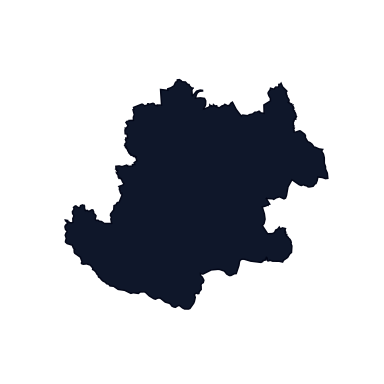 the district of Pluak Daeng, Rayong, Thailand, rotated 151°
{"feature_id": "78962969B8046097083868", "entity_name": "Pluak Daeng", "entity_type": "district", "adm_level": 2, "iso_a3": "THA", "parent_name": "Thailand", "parent_adm1": "Rayong", "projection": "natural_earth1", "projection_center": [101.223, 12.976], "detail": "fine", "context": "isolated", "style": "filled", "palette": "ink", "viewbox_px": 384, "rotation_deg": 151, "n_neighbors": 0, "source": "geoboundaries", "source_scale": "gbopen_adm2", "svg_char_len": 6034}
<svg xmlns="http://www.w3.org/2000/svg" viewBox="0 0 384 384"><g transform="rotate(151 192 192)"><path d="M323.1,198.7L324.2,196.3L324.2,195.2L321.2,189.1L322.0,184.3L323.2,183.5L323.3,182.9L322.2,181.6L319.0,180.2L316.4,177.4L315.6,173.7L316.5,172.4L315.6,171.1L314.9,168.9L314.9,166.0L314.4,165.2L314.9,162.9L313.9,161.2L313.7,159.2L313.0,157.2L311.7,155.4L311.0,153.0L309.5,151.7L309.3,149.7L306.2,147.5L303.8,142.6L298.6,138.7L294.6,133.0L292.2,132.4L288.1,129.3L285.7,129.7L282.0,127.7L281.2,126.5L279.8,121.9L277.2,117.3L276.0,116.0L273.3,115.8L271.2,114.6L268.8,108.7L265.7,105.6L265.1,104.3L264.9,102.0L263.7,100.3L262.4,99.2L259.6,99.4L258.0,98.9L256.5,95.2L255.2,93.3L251.9,91.4L250.3,91.1L244.5,93.9L243.0,95.1L240.2,98.3L239.8,100.8L239.2,101.4L237.2,101.5L236.2,100.2L235.2,99.9L234.0,101.3L231.2,102.3L229.5,105.6L229.6,106.2L227.9,107.3L226.1,107.3L224.4,109.1L224.3,112.6L225.0,114.8L224.1,116.7L222.2,114.9L212.9,114.5L206.8,111.8L205.3,110.8L202.0,107.1L201.4,103.4L199.8,100.8L198.4,100.1L194.6,100.0L192.9,99.2L186.6,105.0L184.1,108.2L182.5,109.1L180.8,109.0L178.9,107.9L174.2,103.1L165.8,97.0L163.8,96.9L163.3,97.7L160.5,96.8L160.1,97.9L159.1,97.9L158.5,99.4L158.3,97.6L159.1,96.2L159.0,94.9L157.9,94.5L157.1,94.7L154.9,92.3L149.5,89.3L146.7,86.8L145.1,87.9L140.1,88.4L136.7,90.4L134.3,90.9L130.8,96.4L130.5,98.8L129.7,99.7L129.3,101.2L129.3,103.0L130.0,105.2L129.8,105.7L130.8,107.6L130.6,108.5L130.0,108.3L129.7,108.9L130.3,109.4L130.3,111.5L130.0,111.9L129.5,111.6L129.2,113.6L128.0,114.7L130.3,116.8L132.7,116.8L132.7,119.0L135.7,117.7L136.4,118.2L137.4,118.1L138.5,117.1L140.4,116.4L142.1,116.8L146.1,118.8L146.8,128.5L144.3,129.5L141.3,132.8L139.3,137.8L137.8,144.9L134.2,144.0L132.5,144.0L132.0,143.4L131.2,144.0L129.9,143.7L130.3,151.1L129.7,150.0L124.8,147.0L124.1,145.9L121.3,146.1L117.8,145.4L114.9,141.4L113.2,141.3L111.1,143.1L105.6,149.9L98.6,154.3L94.7,146.4L93.3,144.7L91.0,144.4L90.3,143.2L88.7,141.8L88.0,140.2L86.6,139.4L83.3,138.3L80.5,139.5L79.5,139.3L77.1,141.2L74.6,144.1L71.0,141.5L68.8,139.0L66.6,138.1L64.5,142.9L64.1,147.3L62.9,149.5L62.4,152.9L59.7,157.8L58.7,161.4L58.8,165.0L57.1,165.9L60.0,168.1L62.5,171.4L63.4,171.8L63.9,175.8L64.9,178.1L66.4,179.9L66.5,184.6L65.5,186.2L65.4,187.8L67.6,192.8L68.3,193.4L72.4,194.1L73.7,195.1L72.9,196.3L73.1,197.2L71.6,198.3L72.3,199.0L71.0,200.1L70.7,200.8L71.0,201.3L69.1,204.6L68.6,204.5L67.0,206.2L66.0,205.4L65.0,207.3L64.6,207.0L64.0,207.4L64.2,207.8L63.4,210.2L63.7,210.8L63.3,211.3L63.6,212.7L63.1,213.1L63.7,214.8L63.1,215.2L62.7,217.0L62.2,216.4L62.1,216.7L62.1,219.0L61.7,219.3L62.4,219.6L62.8,220.5L62.4,220.9L63.1,221.1L63.2,222.1L63.8,222.6L64.2,223.7L63.6,223.6L63.4,224.7L62.8,224.9L62.4,225.8L62.7,229.4L62.2,229.9L62.3,231.5L61.8,231.8L61.8,233.2L60.1,234.2L61.8,240.1L61.4,243.9L62.3,243.4L63.9,244.0L64.7,242.4L65.7,241.9L68.0,243.2L70.5,242.2L73.0,244.7L74.0,243.6L77.1,242.1L77.7,241.3L78.1,238.6L77.9,236.1L79.3,233.6L86.9,233.3L90.8,225.8L94.2,228.4L93.7,229.5L94.2,230.2L96.5,230.3L98.3,231.3L101.3,230.8L104.1,231.8L106.4,231.8L110.3,234.7L111.4,234.8L112.1,234.4L113.3,242.8L113.1,251.0L115.2,250.8L117.4,249.4L117.7,249.9L118.8,249.9L120.8,252.8L122.5,252.3L123.7,252.7L124.0,252.2L124.4,252.7L127.0,252.4L127.6,252.7L129.0,254.0L128.6,255.4L129.2,255.8L130.0,255.4L130.9,258.0L131.9,256.9L133.1,257.1L133.7,257.7L133.2,258.1L133.6,258.5L133.5,258.0L133.8,257.8L134.2,259.4L134.8,258.5L136.5,258.0L141.7,258.9L141.0,259.8L138.6,261.0L137.7,261.9L135.8,265.1L135.7,267.8L138.9,270.2L143.5,272.3L141.1,274.9L139.1,276.2L136.5,276.4L133.8,275.2L133.5,275.8L135.4,277.2L139.1,278.0L144.4,275.9L145.1,276.1L142.8,281.1L141.5,282.2L140.1,282.3L141.4,282.7L142.1,283.6L142.8,286.3L142.5,287.4L143.7,288.3L144.4,291.4L147.3,293.2L147.5,294.5L148.5,296.4L150.5,297.2L151.5,295.7L153.1,296.0L156.3,293.6L159.8,293.4L163.2,294.0L163.8,292.6L169.8,296.9L176.5,282.7L180.2,284.9L180.5,284.2L181.3,284.8L182.6,286.1L182.3,287.3L183.1,288.5L187.3,289.5L187.2,290.2L188.0,290.6L188.5,289.7L191.7,290.3L192.7,292.7L193.5,293.2L202.1,294.3L202.4,292.6L203.7,292.6L205.0,287.5L207.0,285.9L208.5,283.0L212.4,285.1L212.8,284.6L214.7,285.3L216.1,284.8L215.8,281.0L218.5,279.7L219.3,280.2L219.5,279.2L220.0,279.3L220.8,278.3L222.2,275.3L220.7,274.0L222.2,270.4L223.7,271.3L224.1,270.4L224.8,270.2L225.2,267.2L227.0,266.7L227.1,266.0L228.3,265.6L228.2,264.1L227.6,263.7L228.3,263.3L227.8,262.6L228.3,262.0L227.7,260.3L228.2,259.4L227.9,257.4L228.3,257.0L227.8,256.5L228.0,255.5L227.3,255.1L227.6,253.9L226.2,252.7L225.9,251.4L225.2,251.1L224.9,251.5L223.9,249.9L224.6,249.8L224.4,249.2L225.0,246.1L228.4,245.7L228.7,243.8L230.8,244.8L231.5,243.5L235.9,245.6L235.5,246.3L236.2,246.5L236.2,247.2L240.9,248.1L243.1,250.1L246.1,251.4L246.7,250.2L246.5,249.5L247.6,249.1L246.9,247.6L247.5,247.2L246.6,246.9L246.8,246.4L247.5,245.3L248.8,245.4L248.5,242.1L249.2,241.0L248.8,240.6L249.2,239.5L248.2,239.4L248.3,238.5L247.4,238.0L247.8,234.4L247.4,232.3L249.2,231.6L253.3,232.3L253.1,230.6L254.1,229.9L254.4,228.9L254.1,228.2L254.7,227.3L254.9,225.4L254.2,225.1L254.7,224.6L254.3,224.0L254.7,223.2L260.7,218.3L262.3,218.9L263.4,218.6L264.4,217.6L266.8,217.9L269.1,214.3L273.8,212.3L274.8,210.8L274.5,209.2L276.1,207.7L277.5,203.4L284.0,207.0L285.4,210.0L287.3,211.4L287.9,212.9L289.5,213.5L289.9,215.2L287.5,217.7L287.7,219.4L288.5,221.0L287.7,222.0L287.4,224.4L288.3,225.0L291.7,225.0L292.5,226.7L294.3,227.3L293.9,229.9L292.8,231.9L292.9,232.9L293.9,233.1L294.1,233.8L296.1,234.1L297.0,233.1L298.0,232.9L299.3,233.8L300.2,236.0L300.9,236.4L303.1,236.0L303.3,234.2L306.1,232.8L306.9,230.9L306.7,229.2L307.0,228.2L309.1,226.6L310.7,223.3L312.4,223.4L314.0,224.6L314.0,225.3L315.2,226.3L314.5,227.3L316.4,228.9L316.6,228.0L316.1,227.5L316.1,226.5L315.4,226.1L315.7,225.3L317.0,224.5L318.0,224.6L318.3,223.9L319.5,223.8L320.1,222.9L320.8,220.4L320.3,219.0L320.4,217.7L322.0,217.2L323.8,215.7L324.4,212.4L326.5,210.3L326.9,209.5L326.2,207.4L322.5,203.6L322.9,200.6L322.3,198.8L323.1,198.7Z" fill="#0f172a" stroke="#020617" stroke-width="1.5"/></g></svg>